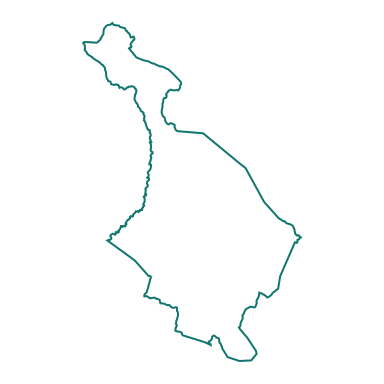 Morro do Chapéu, Bahia, Brazil
{"feature_id": "56859067B34698024816955", "entity_name": "Morro do Chapéu", "entity_type": "district", "adm_level": 2, "iso_a3": "BRA", "parent_name": "Brazil", "parent_adm1": "Bahia", "projection": "natural_earth1", "projection_center": [-41.297, -11.376], "detail": "fine", "context": "isolated", "style": "outline", "palette": "teal", "viewbox_px": 384, "rotation_deg": 0, "n_neighbors": 0, "source": "geoboundaries", "source_scale": "gbopen_adm2", "svg_char_len": 5954}
<svg xmlns="http://www.w3.org/2000/svg" viewBox="0 0 384 384"><path d="M107.4,240.5L134.8,260.5L148.6,276.0L149.9,276.0L150.8,276.6L150.8,278.0L150.0,279.9L149.4,283.1L148.6,285.2L148.2,287.4L147.0,290.7L146.9,292.0L144.6,294.4L144.3,295.4L144.4,296.4L146.6,296.1L148.2,297.0L149.6,298.1L150.5,298.3L154.3,297.6L155.1,297.9L156.5,298.9L157.5,298.9L159.0,299.5L159.7,300.0L160.1,302.3L160.5,303.3L161.5,303.3L164.8,303.8L165.6,304.4L167.3,305.2L169.2,305.0L171.6,307.3L172.6,307.7L173.4,307.9L175.5,307.3L176.7,307.4L177.1,308.2L176.9,310.1L177.0,311.0L177.7,311.9L178.1,314.2L178.0,315.3L177.0,319.5L176.3,320.7L176.2,322.6L175.8,323.7L176.6,324.9L176.8,325.6L176.2,327.2L175.6,327.9L175.6,329.3L175.3,330.4L175.7,331.0L176.8,331.2L177.7,331.6L180.0,331.8L181.5,332.5L181.9,333.4L182.0,334.4L182.9,335.4L204.5,342.1L210.7,345.0L210.5,344.1L209.9,343.6L208.6,342.9L208.5,342.1L208.9,341.5L209.8,341.1L211.4,339.7L211.9,338.7L212.2,336.6L213.8,335.5L215.5,336.5L216.4,337.6L218.4,338.1L219.0,338.8L219.4,342.2L219.8,343.1L220.5,343.5L221.2,345.4L221.9,346.2L222.2,348.4L227.6,357.1L239.5,361.0L251.3,360.4L256.6,353.9L256.0,350.9L247.5,338.0L240.0,329.2L238.9,327.3L240.3,326.2L240.6,323.2L241.0,322.0L242.5,319.2L242.7,318.1L242.5,315.1L243.2,314.4L244.0,313.3L244.5,311.3L245.2,310.5L245.8,309.3L246.9,308.6L250.1,306.9L252.2,306.9L254.1,307.5L255.3,306.9L256.7,303.4L256.5,301.2L257.0,299.5L257.7,298.8L258.8,296.0L259.4,292.6L260.8,293.3L261.8,293.4L262.8,294.3L264.2,294.8L265.8,296.0L266.9,297.2L267.5,297.5L269.8,296.2L271.5,294.8L272.0,293.8L272.6,293.0L277.3,289.3L278.1,288.9L280.2,276.2L294.5,243.3L294.9,242.3L296.7,242.9L297.2,242.4L297.5,241.7L297.3,240.8L297.5,239.8L298.3,239.7L299.1,239.2L299.5,238.1L300.8,237.4L299.3,236.2L298.6,235.3L297.9,235.1L297.2,235.6L296.4,235.1L295.2,233.6L294.2,228.7L293.0,226.2L292.1,225.3L289.9,224.1L288.7,224.0L287.8,223.5L286.6,223.4L285.6,222.4L284.9,221.3L283.5,221.2L282.4,220.8L281.9,220.1L280.3,219.1L279.2,218.8L264.1,201.9L245.6,168.1L240.7,164.3L203.1,133.3L178.0,131.2L176.9,130.9L176.1,130.3L175.1,128.6L175.0,127.9L174.5,127.1L174.7,125.0L172.2,123.6L170.7,123.2L169.9,123.5L168.7,124.4L167.4,123.9L166.4,122.8L165.4,121.2L165.0,120.0L165.0,118.9L164.6,117.9L164.2,117.3L162.8,116.1L161.6,112.4L161.9,109.5L162.5,107.0L162.5,104.0L163.2,101.7L163.3,99.7L164.0,98.2L165.5,98.1L166.4,97.2L166.7,95.8L166.0,94.8L166.3,93.8L167.9,92.1L168.2,91.1L170.6,89.7L173.7,90.4L176.6,90.1L178.4,90.4L179.9,88.0L180.1,87.2L180.1,85.4L181.1,84.3L181.1,82.9L180.5,81.5L172.3,73.0L168.1,69.2L165.9,68.4L163.5,67.0L162.0,66.5L161.0,66.5L159.4,66.2L155.0,64.2L154.2,63.6L152.3,63.4L148.2,61.3L143.2,60.2L136.5,57.5L129.0,48.4L129.6,47.8L130.3,47.5L131.0,47.5L131.5,46.7L130.8,45.5L130.6,44.4L131.0,43.3L131.7,42.2L132.5,41.6L133.1,40.3L134.1,39.8L134.5,38.7L133.6,36.6L132.8,36.6L132.2,37.3L130.9,37.5L130.4,36.8L130.0,35.0L129.3,34.2L129.0,33.3L128.5,32.8L127.8,32.6L126.9,31.0L126.0,30.7L125.4,29.7L125.1,28.4L124.1,27.9L121.7,27.5L120.5,27.0L119.7,26.7L119.0,25.6L118.1,25.4L117.2,25.6L115.5,25.1L113.8,25.0L112.3,23.0L110.6,24.6L107.8,25.1L106.3,25.8L105.1,27.6L104.4,28.2L103.9,29.2L103.4,32.4L103.5,33.2L103.3,34.4L102.7,35.1L101.3,37.7L100.7,38.1L100.7,38.9L100.2,39.7L99.6,40.4L98.8,40.9L98.3,41.7L97.6,42.2L96.6,42.7L87.9,42.1L83.9,42.1L83.2,43.0L84.4,44.6L84.9,46.1L85.0,49.0L84.6,49.9L86.7,52.3L87.0,53.6L87.9,54.1L88.4,54.9L92.0,56.9L92.5,57.8L94.2,58.8L95.6,60.0L97.9,61.1L98.8,62.1L99.8,62.4L101.4,64.3L103.0,65.2L103.8,66.6L104.7,67.3L105.1,68.9L105.1,70.0L105.9,71.9L106.2,75.8L106.9,78.7L107.6,79.3L108.3,81.2L109.5,81.3L110.5,81.9L111.2,84.3L112.7,84.5L113.5,84.9L114.5,84.9L115.4,84.3L116.1,84.3L117.2,85.0L117.9,84.7L118.6,85.3L119.5,87.7L120.0,87.2L122.6,87.7L123.9,89.4L125.6,89.1L126.1,88.3L127.6,87.2L128.3,87.3L128.8,86.7L130.5,86.7L131.6,86.2L133.9,86.9L134.5,87.4L134.9,88.5L135.8,89.0L136.5,91.0L136.2,91.8L135.8,93.7L135.0,94.8L135.0,96.0L134.5,98.2L134.5,99.2L135.7,101.8L136.3,102.9L137.0,103.5L137.9,105.1L137.9,106.4L139.6,108.1L141.1,111.3L142.7,111.9L143.1,112.6L143.7,113.1L143.4,114.1L144.0,115.2L144.6,115.8L144.5,117.1L144.0,118.1L144.3,119.3L143.9,120.5L144.7,121.1L145.1,122.0L145.2,122.8L145.8,123.3L145.9,124.6L147.3,128.4L147.9,129.0L148.1,129.8L149.9,130.4L149.7,132.6L150.3,132.9L150.7,135.3L150.5,136.1L149.8,137.1L149.9,138.4L150.2,139.7L150.8,140.7L150.6,141.5L151.3,142.1L150.7,142.5L149.9,142.6L150.9,144.3L151.0,145.4L150.9,147.2L151.0,148.4L150.5,149.7L150.8,150.7L151.3,151.4L152.4,152.0L152.7,152.8L152.5,153.6L151.7,153.8L150.8,155.0L150.5,156.1L151.3,157.3L151.1,158.5L150.7,159.3L150.7,160.4L150.1,161.2L150.1,162.2L149.5,163.2L149.3,164.3L150.1,164.2L150.9,164.6L151.0,165.9L150.9,166.9L150.4,169.1L149.9,170.0L148.3,171.5L147.8,172.5L148.2,173.8L148.7,174.5L148.6,175.6L148.2,176.7L147.2,177.7L147.9,178.1L148.7,178.0L148.9,178.8L148.9,180.0L148.4,180.7L147.6,181.2L147.0,182.2L146.9,183.3L147.2,184.1L147.8,185.0L147.6,186.3L146.9,187.2L145.9,187.9L145.4,188.8L145.9,189.8L145.5,190.5L145.6,191.5L145.2,193.8L145.9,193.8L146.2,194.8L145.7,195.7L144.8,195.9L144.1,196.3L143.7,196.9L144.6,198.1L144.6,201.3L144.4,202.5L143.6,203.4L143.2,204.2L143.9,205.0L144.2,205.7L143.0,206.7L143.1,207.4L142.4,208.0L141.9,208.8L142.0,210.0L141.1,210.1L140.1,209.8L139.7,210.5L139.5,211.4L138.9,211.7L138.9,211.0L138.1,211.4L137.5,211.2L136.7,211.6L135.9,211.3L134.8,213.1L133.5,214.1L132.8,215.2L133.1,215.9L132.4,216.6L130.7,216.2L130.0,217.1L130.0,218.3L129.3,218.7L128.8,219.7L127.4,220.2L126.7,221.2L126.3,222.3L125.8,223.0L126.3,223.8L125.6,224.1L125.7,225.3L125.2,226.3L124.5,226.4L123.9,225.9L122.3,226.8L121.7,226.0L121.0,226.0L120.4,228.2L120.0,229.2L119.2,229.9L118.8,230.8L118.8,231.7L117.7,231.5L117.7,232.6L115.8,232.3L115.7,233.8L115.1,234.7L113.6,233.9L112.9,233.7L112.1,234.0L110.9,234.9L110.3,235.8L110.5,236.6L111.0,237.1L111.3,237.9L111.3,238.8L110.8,239.4L110.1,239.8L109.3,239.7L107.4,240.5Z" fill="none" stroke="#0f766e" stroke-width="2"/></svg>